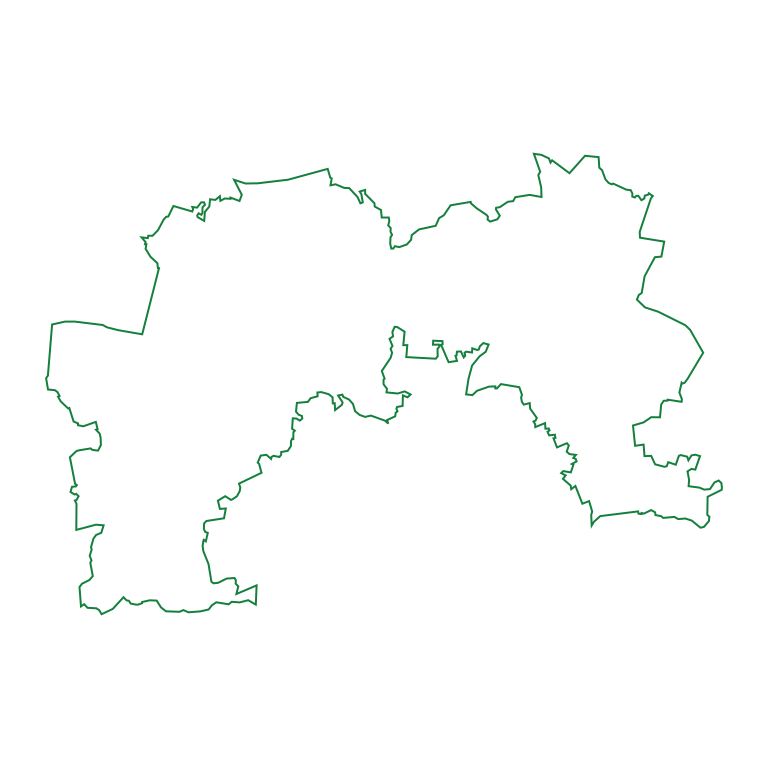 outline of Yuriria, Guanajuato, Mexico
{"feature_id": "50627088B69886558510846", "entity_name": "Yuriria", "entity_type": "district", "adm_level": 2, "iso_a3": "MEX", "parent_name": "Mexico", "parent_adm1": "Guanajuato", "projection": "mercator", "projection_center": [-101.194, 20.166], "detail": "fine", "context": "isolated", "style": "outline", "palette": "green", "viewbox_px": 768, "rotation_deg": 0, "n_neighbors": 0, "source": "geoboundaries", "source_scale": "gbopen_adm2", "svg_char_len": 6071}
<svg xmlns="http://www.w3.org/2000/svg" viewBox="0 0 768 768"><path d="M591.7,525.5L594.0,521.7L600.3,516.1L638.1,511.4L638.5,513.7L641.6,514.0L641.6,513.0L643.9,513.6L651.1,510.1L655.1,512.3L655.5,515.1L661.0,516.1L663.2,517.9L674.5,516.9L678.2,519.1L685.3,518.5L691.8,520.6L700.5,527.7L703.9,526.9L708.9,521.1L709.4,516.8L707.3,514.8L707.6,496.8L721.7,489.8L721.9,487.5L721.4,483.1L718.7,480.5L714.5,482.4L710.0,489.1L704.2,489.6L699.4,487.6L688.6,486.2L689.1,479.8L687.5,471.4L691.4,468.9L695.3,469.6L700.0,456.1L695.3,454.7L691.5,455.4L688.4,460.3L687.2,456.7L680.9,455.1L678.9,455.8L675.8,464.7L668.2,462.2L666.8,466.2L664.4,466.8L655.1,464.3L651.2,455.9L644.5,456.1L643.6,444.6L635.1,445.8L633.0,425.5L643.6,422.4L651.2,417.2L660.0,417.3L661.2,404.6L663.7,400.8L667.6,400.6L667.7,399.7L681.6,401.8L681.9,399.2L679.4,392.5L681.6,382.8L682.3,383.7L684.7,382.7L687.6,378.8L703.2,352.7L690.1,329.8L685.3,325.2L657.9,311.6L645.0,307.4L636.9,299.6L638.8,295.0L641.7,293.0L644.6,276.3L654.9,257.2L661.4,256.6L664.2,241.6L640.0,237.7L639.7,231.9L650.9,198.4L652.8,196.0L648.8,193.3L648.2,194.6L644.8,195.7L644.3,198.5L641.4,200.2L638.3,195.8L636.2,195.9L634.9,197.5L632.3,196.6L632.4,193.5L630.7,190.2L626.4,189.7L613.2,183.6L611.8,184.3L608.7,183.0L605.4,179.3L602.1,170.2L599.3,167.7L598.6,157.1L585.0,155.8L569.5,173.2L552.1,160.3L550.5,162.6L548.9,158.4L541.5,154.9L533.9,153.8L540.2,171.8L538.3,175.0L541.2,187.5L541.5,197.0L529.7,194.9L515.3,197.2L513.2,201.1L507.8,201.8L499.9,207.1L496.1,207.8L495.9,209.4L499.8,215.7L497.4,219.3L490.2,221.6L487.6,219.6L487.9,216.6L486.5,214.9L476.7,208.3L470.9,203.3L470.7,201.9L450.6,205.3L443.8,215.3L439.1,218.1L435.7,225.8L419.1,229.4L411.7,235.1L411.1,239.8L406.8,244.5L399.3,247.1L394.9,246.2L393.2,248.6L391.3,248.6L390.2,243.8L390.5,237.3L392.1,234.8L390.5,231.8L390.7,228.1L388.2,225.4L389.3,221.2L388.8,217.5L381.7,217.5L381.0,210.0L374.8,206.6L374.4,203.2L365.2,193.9L365.1,189.9L359.7,191.6L361.3,193.9L362.8,202.4L360.4,203.3L357.5,197.0L349.2,188.1L344.2,187.9L335.6,184.3L330.5,185.3L331.7,178.4L330.3,177.7L327.7,168.9L288.1,179.7L257.8,183.3L245.5,183.5L234.1,179.8L241.8,194.8L239.5,201.0L230.5,197.6L230.5,198.8L224.8,198.5L220.4,200.8L219.9,196.2L215.4,199.9L210.1,199.3L209.3,206.6L204.9,211.9L204.2,220.9L197.6,217.1L197.2,215.5L198.6,213.3L201.4,214.8L202.4,213.1L202.5,207.3L205.0,204.8L204.0,202.3L201.2,202.3L197.1,207.6L192.3,207.0L193.1,209.0L192.3,211.5L173.4,206.0L168.3,216.5L166.2,216.8L163.7,219.5L158.0,230.2L152.5,235.8L148.3,235.7L147.8,238.1L141.6,237.4L145.6,242.1L145.0,244.2L146.4,244.2L145.6,248.8L150.5,256.8L157.4,263.2L157.9,268.1L159.0,268.1L142.2,334.3L118.4,330.2L106.9,327.3L102.8,325.0L74.8,321.6L65.0,321.6L52.1,324.5L47.9,375.6L46.1,378.2L48.0,389.5L55.0,390.2L57.5,392.1L59.5,396.0L58.0,396.7L60.8,401.5L68.2,408.5L69.3,408.0L73.6,421.5L78.0,423.4L78.0,425.2L83.3,426.3L95.8,421.9L97.6,429.2L96.0,429.7L99.6,433.5L100.6,437.5L100.9,445.1L98.0,450.6L92.3,449.9L90.7,448.4L79.2,450.3L76.5,451.0L69.9,457.3L75.1,483.9L76.8,485.0L76.0,486.4L72.0,486.8L70.5,492.0L74.6,494.5L76.2,493.9L78.6,496.2L76.5,500.0L74.9,500.5L76.5,503.8L76.3,529.9L95.9,524.7L103.6,525.3L101.3,532.8L96.1,535.0L93.4,538.7L91.0,547.3L91.7,549.5L89.7,555.8L91.5,560.4L90.3,562.8L92.8,576.1L89.4,580.0L81.9,583.8L79.5,587.1L81.0,606.4L84.2,604.2L87.5,607.8L96.4,608.3L99.2,610.2L101.6,614.2L112.8,608.9L123.5,597.2L126.6,600.4L128.9,600.8L130.7,603.6L135.3,604.5L137.8,604.7L142.1,603.2L142.1,602.0L149.8,600.3L156.7,600.6L161.0,607.4L166.0,611.3L179.4,611.8L183.4,610.1L188.5,612.3L200.2,611.4L208.6,609.5L212.1,605.1L216.4,602.3L228.7,604.3L231.7,601.8L239.7,602.4L248.2,600.2L255.8,604.6L256.6,585.4L236.4,594.0L238.3,586.4L235.7,583.7L235.8,580.2L234.5,578.0L226.6,578.6L218.1,582.8L213.5,583.3L211.4,581.7L208.5,564.0L203.4,551.3L202.6,546.0L203.4,540.7L203.8,539.8L205.8,541.4L207.8,532.9L205.2,531.9L203.9,529.1L204.1,523.4L206.4,521.0L224.0,518.3L225.8,508.5L219.9,508.9L217.9,500.7L225.2,496.2L231.0,499.9L232.3,499.4L236.9,496.3L239.7,491.2L240.3,487.6L239.0,483.6L261.5,472.8L259.1,463.9L257.7,462.6L260.7,455.6L266.4,454.8L271.1,458.9L271.5,457.0L273.5,455.8L279.4,457.0L281.1,454.9L281.2,452.0L287.7,450.9L290.9,446.1L291.0,441.2L292.1,438.7L293.3,439.0L293.4,432.2L294.8,430.7L292.1,428.8L292.8,418.3L296.6,418.6L299.8,420.6L302.3,418.5L301.9,416.0L298.6,414.7L296.0,411.6L296.9,402.9L307.9,401.9L310.6,398.2L317.6,396.3L317.4,392.5L321.3,392.1L328.7,394.2L332.6,397.3L332.8,403.4L334.7,403.2L335.1,410.1L341.9,404.8L342.6,402.4L338.1,395.5L342.4,394.7L343.3,396.9L349.0,399.5L353.0,404.0L355.1,411.2L359.6,414.9L365.1,416.9L370.9,415.6L385.1,420.7L388.3,423.6L387.1,420.1L395.2,416.3L395.7,412.7L397.5,411.4L396.4,408.5L397.1,406.9L402.6,406.0L402.9,395.4L407.5,397.3L410.6,394.5L404.7,391.4L397.7,393.5L386.5,392.4L387.0,388.9L383.6,384.3L383.5,379.9L384.6,378.7L381.8,371.0L390.6,357.9L392.1,352.8L390.6,348.8L392.5,345.9L389.5,338.8L393.0,336.4L392.4,331.9L394.7,326.8L397.2,327.0L404.6,331.7L403.3,345.1L407.3,345.1L406.3,357.1L435.8,358.7L437.7,356.3L437.5,348.9L439.5,346.4L438.9,344.6L433.0,344.7L433.2,340.7L442.5,341.1L442.6,344.2L441.1,344.8L448.6,362.2L457.0,360.9L455.5,355.8L456.5,355.5L457.0,351.7L460.9,351.4L463.7,357.4L465.2,355.7L464.6,352.7L466.2,351.7L472.0,352.5L472.3,348.3L477.1,350.0L478.8,349.5L479.8,346.4L483.3,343.1L488.6,344.5L485.7,351.8L479.7,356.2L472.1,365.5L468.5,378.9L466.1,394.4L472.4,395.1L477.0,390.8L489.0,386.6L495.3,386.4L495.3,388.4L496.8,388.5L501.0,384.1L519.3,387.2L522.0,395.0L521.1,397.5L521.9,401.9L523.8,404.6L529.7,403.1L530.1,408.6L536.8,417.9L535.5,420.7L533.5,421.5L535.2,424.2L535.2,427.1L545.1,423.1L545.4,428.7L548.8,428.5L549.5,430.4L547.5,431.8L549.2,435.4L554.9,434.7L555.4,437.9L553.5,438.3L557.0,447.4L566.9,443.2L568.8,445.5L566.7,451.7L569.5,454.1L575.9,454.9L573.3,457.9L575.7,459.0L576.6,461.4L571.8,464.0L573.4,464.8L570.8,472.4L563.3,471.1L561.2,473.1L565.7,475.4L562.9,478.8L570.7,485.6L571.2,489.2L575.4,486.0L582.4,503.7L589.1,501.1L592.2,511.6L591.2,514.9L591.7,525.5Z" fill="none" stroke="#15803d" stroke-width="2"/></svg>